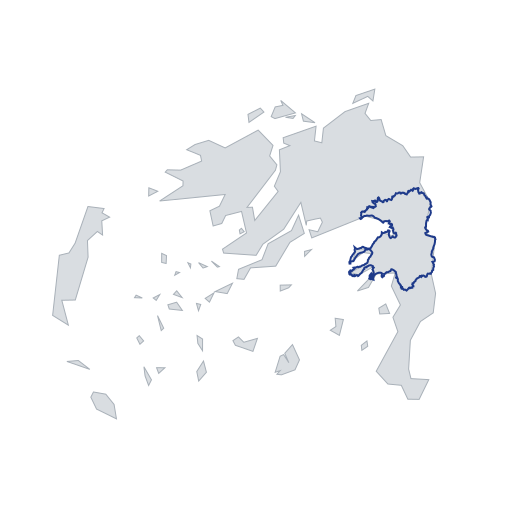 location of Kentrikis Makedonias, Kentriki Makedonia, Greece, rotated 101°
{"feature_id": "26713481B13719921321351", "entity_name": "Kentrikis Makedonias", "entity_type": "district", "adm_level": 2, "iso_a3": "GRC", "parent_name": "Greece", "parent_adm1": "Kentriki Makedonia", "projection": "equal_earth", "projection_center": [23.125, 40.657], "detail": "fine", "context": "in_parent", "style": "outline", "palette": "blue", "viewbox_px": 512, "rotation_deg": 101, "n_neighbors": 0, "source": "geoboundaries", "source_scale": "gbopen_adm2", "svg_char_len": 9723}
<svg xmlns="http://www.w3.org/2000/svg" viewBox="0 0 512 512"><g transform="rotate(101 256 256)"><path d="M344.4,62.8L365.6,68.5L367.6,79.6L355.2,88.7L356.5,102.1L346.2,116.0L303.2,102.3L290.0,109.9L276.5,104.9L259.7,117.4L246.1,116.1L250.6,134.5L265.4,139.6L271.0,149.8L252.6,137.9L244.7,139.5L255.0,151.6L254.1,160.0L242.0,145.5L231.7,143.2L232.1,151.6L242.4,160.4L230.5,158.7L226.9,145.9L209.1,135.6L210.2,124.9L197.7,130.2L196.0,156.0L227.6,204.7L220.1,208.9L220.4,200.0L210.1,197.3L206.5,200.0L208.5,205.0L212.0,212.9L216.3,212.5L194.8,222.2L224.4,233.9L243.1,251.5L255.3,256.0L259.3,288.3L255.7,290.2L235.2,269.7L215.0,278.7L222.0,293.5L230.6,295.8L234.7,303.8L220.4,309.9L214.1,301.4L201.5,298.0L220.4,361.1L201.0,341.1L196.3,341.9L191.0,361.1L188.3,359.5L186.1,346.4L173.2,327.5L167.8,329.7L164.9,344.3L158.2,337.1L151.5,324.5L155.8,306.9L132.0,277.9L144.2,260.4L155.2,261.7L162.5,252.9L168.1,253.3L210.0,274.1L208.8,268.8L221.4,264.0L188.4,246.6L184.0,251.3L168.6,248.1L147.3,253.3L141.2,243.8L139.9,250.3L134.7,251.9L117.1,221.8L131.9,220.6L132.3,213.0L117.6,214.2L97.2,196.1L84.6,174.5L95.2,176.2L101.1,169.2L98.2,159.2L113.1,151.5L119.7,133.0L129.4,123.1L126.7,110.4L152.8,109.3L170.7,94.7L192.0,95.4L201.8,92.0L204.3,83.5L240.5,80.4L258.4,72.6L278.0,71.2L288.9,82.1L309.3,88.4L337.9,84.6L346.8,80.5L344.4,62.8ZM250.9,414.1L264.7,410.6L262.2,416.4L273.0,424.4L289.2,420.6L333.7,425.0L336.5,438.2L359.7,427.0L353.1,444.3L292.8,449.2L288.7,440.2L277.9,436.0L239.5,430.4L238.4,414.2L243.0,415.4L245.8,407.1L250.9,414.1ZM224.6,212.9L236.1,225.3L262.2,234.7L268.7,259.1L281.2,263.3L281.9,270.5L272.4,270.6L258.5,249.4L241.6,246.4L224.3,226.0L207.8,222.0L224.6,212.9ZM360.3,196.0L367.8,208.4L368.1,212.9L363.9,210.4L366.5,215.0L349.8,213.2L347.5,210.1L354.5,203.4L346.0,209.2L336.0,203.3L349.7,193.5L360.3,196.0ZM426.1,391.2L420.5,389.6L420.3,377.1L428.8,367.0L442.5,361.9L436.7,383.3L426.1,391.2ZM347.6,259.2L343.5,262.5L338.8,257.8L343.0,251.5L336.6,238.9L350.2,240.8L347.6,259.2ZM108.0,244.6L117.5,263.6L116.3,267.7L106.0,265.6L103.0,258.3L98.6,261.4L108.0,244.6ZM87.7,190.1L79.4,188.5L69.5,171.2L81.5,170.8L78.0,176.8L87.7,190.1ZM318.0,159.0L314.7,168.9L310.0,164.1L302.0,166.4L301.7,158.1L318.0,159.0ZM379.6,282.5L389.7,288.4L380.7,292.1L369.1,287.5L379.6,282.5ZM289.3,123.5L283.8,125.5L278.3,119.5L286.9,113.9L289.3,123.5ZM113.2,275.7L126.2,288.4L118.5,290.9L110.0,280.0L113.2,275.7ZM324.6,331.0L320.7,333.2L316.5,325.1L323.5,317.9L324.6,331.0ZM298.4,277.1L298.7,289.3L287.2,273.9L298.4,277.1ZM399.0,397.5L395.6,421.5L392.5,410.5L399.0,397.5ZM114.6,235.2L107.7,238.4L113.9,223.5L114.6,235.2ZM217.6,372.8L209.5,374.2L211.2,364.8L217.6,372.8ZM386.1,344.9L397.5,335.0L403.6,336.7L394.9,342.0L386.1,344.9ZM345.3,298.7L347.7,292.6L359.2,290.4L352.9,296.4L345.3,298.7ZM310.9,320.6L309.4,329.7L305.3,327.2L310.9,320.6ZM310.2,292.9L307.3,297.8L300.2,290.2L310.2,292.9ZM285.8,225.5L280.0,226.7L277.6,215.8L281.0,217.9L285.8,225.5ZM328.4,134.1L323.6,135.6L318.2,130.9L323.3,129.1L328.4,134.1ZM280.5,342.8L280.3,347.4L271.4,349.1L272.7,343.9L280.5,342.8ZM347.3,334.8L333.3,341.3L344.5,332.8L347.3,334.8ZM274.3,291.8L269.5,298.8L273.4,289.9L274.3,291.8ZM320.7,302.0L313.9,305.4L314.1,301.0L320.7,302.0ZM364.8,353.1L359.2,357.4L356.5,355.4L360.8,350.1L364.8,353.1ZM389.8,329.1L384.6,332.3L383.1,324.1L389.8,329.1ZM277.9,305.7L273.5,311.1L275.7,301.8L277.9,305.7ZM113.9,245.9L114.2,253.5L110.6,244.2L113.9,245.9ZM318.6,345.5L316.8,348.9L312.2,343.1L318.6,345.5ZM247.1,208.2L242.2,209.2L239.1,202.8L247.1,208.2ZM237.3,275.9L233.7,277.3L231.6,275.6L234.4,272.2L237.3,275.9ZM280.1,318.1L275.6,321.6L276.3,318.4L280.1,318.1ZM318.9,359.6L320.1,367.3L317.3,366.2L318.9,359.6ZM290.4,332.1L286.6,331.5L286.8,327.9L290.4,332.1Z" fill="#d9dde1" stroke="#a8b0b8" stroke-width="1"/><path d="M240.1,81.0L239.1,80.9L238.1,80.2L236.8,80.3L235.9,79.4L234.1,79.7L232.2,79.3L231.4,79.8L230.6,79.6L228.1,81.7L227.2,79.7L226.5,79.6L225.5,79.7L223.4,81.0L223.2,81.7L223.3,82.3L223.0,83.3L221.2,84.2L218.7,84.1L218.0,84.3L214.8,83.4L214.1,83.6L212.3,83.4L210.6,83.0L208.0,83.0L206.2,83.3L205.3,83.0L204.6,83.6L203.7,83.8L203.2,84.8L203.3,85.4L203.6,85.7L203.2,86.7L203.4,87.1L202.8,92.9L202.2,93.6L201.2,94.2L199.2,91.6L198.4,92.1L198.3,93.0L197.2,94.5L196.0,95.4L195.4,95.3L194.9,94.7L191.5,95.3L188.7,95.3L188.1,94.8L188.1,94.3L187.3,94.6L186.9,94.3L186.4,94.6L185.8,94.4L185.1,95.3L184.9,95.2L184.9,94.4L184.6,93.9L184.7,93.6L183.8,93.7L182.4,92.9L180.1,92.6L179.6,92.9L178.3,93.2L177.2,94.9L176.3,95.0L175.7,94.5L174.7,94.2L174.3,93.4L173.8,93.2L171.9,94.6L169.9,94.8L167.3,96.8L166.8,98.1L167.2,99.2L167.0,99.5L166.6,99.8L166.0,99.7L166.0,100.4L164.6,101.3L164.4,102.1L162.4,103.3L162.5,105.1L161.9,105.5L161.8,105.8L162.3,106.2L162.7,107.1L163.5,107.2L163.6,107.7L162.7,108.3L162.4,108.7L159.9,109.7L159.5,110.1L159.3,109.9L159.4,109.4L158.8,109.2L158.3,109.6L158.6,110.5L159.8,112.2L159.6,112.8L159.8,113.4L159.4,114.0L160.1,114.6L161.1,114.3L162.1,114.7L161.4,116.4L162.8,117.3L162.9,118.6L163.1,118.9L163.8,119.0L164.0,118.4L164.3,118.3L165.2,119.3L166.8,119.8L166.6,121.6L165.9,122.1L166.0,122.7L165.7,123.1L166.0,123.7L165.9,124.6L167.1,125.7L167.1,126.1L166.2,126.8L166.3,127.6L167.6,128.9L167.8,130.2L167.7,130.6L170.1,131.2L170.7,132.0L171.3,132.1L172.0,132.9L171.5,133.2L171.7,133.6L173.8,133.3L175.2,133.8L175.1,135.2L174.7,135.9L174.7,136.7L175.5,137.1L176.1,138.0L177.2,137.8L177.3,138.1L176.3,138.9L176.2,139.9L177.6,141.2L178.6,141.1L179.0,141.6L179.0,142.0L178.5,142.6L177.9,144.9L175.6,146.2L175.1,146.9L175.6,147.4L177.0,147.4L178.5,147.0L179.7,147.4L180.2,148.2L179.3,148.5L178.8,149.5L178.9,149.8L179.7,149.7L179.5,150.9L179.9,151.8L179.9,152.3L181.0,151.8L181.9,150.2L182.1,149.2L183.0,148.3L183.5,148.3L184.4,147.9L185.8,149.3L185.4,150.1L185.5,150.8L185.9,150.2L186.5,150.2L186.2,152.6L186.0,153.4L185.6,153.5L185.5,154.2L186.1,154.4L186.1,155.0L186.7,155.3L186.9,155.9L187.7,155.3L188.2,156.1L189.1,155.8L189.5,156.4L190.4,157.0L191.6,157.4L191.9,157.7L191.5,158.3L192.0,158.6L191.9,159.8L192.3,160.5L192.6,160.4L193.4,161.1L193.9,160.8L196.3,160.6L197.4,159.7L198.6,160.1L199.1,161.1L199.7,160.4L199.3,159.7L197.8,158.9L196.1,157.4L195.8,156.0L195.1,154.9L195.0,152.6L194.1,150.0L194.5,148.4L195.9,146.4L195.8,145.3L196.4,142.7L197.5,140.2L199.0,137.7L199.0,137.4L197.5,136.8L196.9,135.2L196.7,133.2L195.8,132.1L196.4,131.3L198.7,131.8L198.7,131.1L199.2,130.5L198.6,129.2L199.0,128.5L199.9,128.3L201.5,129.9L201.9,129.5L201.6,128.8L202.2,129.6L202.3,129.2L202.2,128.7L202.9,129.2L202.2,128.0L202.5,127.7L202.5,126.7L203.9,126.1L204.8,126.4L206.6,125.4L207.3,124.8L207.4,123.8L206.5,123.2L206.8,122.8L207.6,122.9L208.2,122.3L209.2,121.9L209.5,122.3L210.6,122.4L211.4,123.1L211.3,124.8L210.7,125.5L212.7,127.1L212.3,128.1L210.4,129.4L208.7,129.9L206.1,129.6L205.7,129.9L205.6,131.2L207.3,131.9L207.8,133.0L207.7,133.7L208.5,134.1L209.3,135.7L208.8,137.0L211.1,136.7L211.7,137.1L212.9,137.4L214.1,138.6L214.4,139.9L217.9,141.3L219.7,142.7L220.9,142.8L222.1,143.6L224.2,144.1L226.3,144.9L227.0,145.7L227.3,147.0L227.8,147.0L227.7,146.1L228.4,144.6L230.1,142.7L230.7,142.4L231.9,142.5L233.8,143.4L234.7,143.5L236.0,144.6L237.6,144.9L238.5,145.4L239.8,145.2L241.4,145.4L242.4,146.3L242.9,147.3L243.4,147.4L244.1,148.1L245.0,150.0L246.6,151.5L246.7,152.5L247.4,153.0L247.2,154.4L248.3,155.7L248.3,156.5L248.8,157.8L249.0,157.5L249.0,156.8L249.4,156.7L250.3,157.3L250.9,158.3L252.2,158.9L252.1,160.3L252.9,160.2L252.8,159.7L253.1,160.0L253.2,160.4L252.9,161.0L253.6,161.5L254.1,161.6L254.7,161.0L255.7,161.1L256.1,160.5L254.9,160.1L256.1,159.8L256.2,159.4L255.8,159.0L255.9,158.7L256.4,158.0L256.7,158.2L257.1,157.8L257.3,157.2L257.1,156.0L256.0,156.1L255.8,155.7L255.8,155.4L256.7,154.8L255.5,153.4L255.6,152.4L256.2,152.0L256.0,151.7L253.5,150.2L252.5,149.2L248.8,147.9L248.1,147.2L247.4,147.5L246.7,147.3L246.0,146.2L246.0,145.3L245.1,145.1L244.4,143.9L243.8,143.4L243.2,142.0L243.2,141.0L243.7,139.3L244.6,139.3L244.6,138.8L244.9,138.2L247.0,139.1L248.1,138.1L250.0,137.2L251.6,137.8L252.2,137.5L253.4,137.8L254.7,138.5L255.4,139.8L256.5,140.4L257.0,139.3L256.5,138.0L256.8,136.2L255.3,136.8L253.3,136.6L251.5,135.8L250.2,134.4L248.9,132.2L248.6,130.7L248.7,129.5L249.2,128.9L251.7,128.9L252.3,128.6L252.7,128.0L251.7,127.4L251.7,126.9L251.2,126.6L250.9,126.9L249.9,126.6L249.1,126.8L248.5,125.5L247.9,125.4L247.0,124.8L246.7,123.3L245.6,122.1L245.2,121.2L243.2,120.6L243.2,119.6L243.9,117.6L245.2,115.5L246.1,115.6L247.0,114.8L249.1,114.1L250.5,114.4L250.8,114.0L250.3,113.2L251.3,112.7L251.6,112.3L253.4,112.1L255.7,110.3L255.9,109.6L257.3,108.6L257.3,108.1L259.0,107.8L258.6,106.6L259.4,106.3L260.3,106.7L260.4,106.4L260.0,105.6L261.0,104.4L260.5,103.4L261.2,101.6L258.8,100.1L258.6,99.7L258.3,99.7L258.3,99.2L257.7,99.2L257.5,98.1L257.8,97.8L257.5,97.0L257.3,97.2L256.5,96.5L256.1,96.5L255.8,95.7L254.9,96.0L254.1,97.2L252.9,97.1L252.8,96.6L252.3,96.0L251.6,96.0L250.2,94.7L249.4,94.8L248.2,94.1L247.6,94.0L245.4,91.2L244.8,91.5L244.3,91.3L244.2,90.4L244.6,89.8L243.9,89.8L243.5,89.4L243.8,88.7L243.2,87.9L243.6,86.4L244.2,85.9L244.0,85.1L243.5,84.5L241.3,84.4L240.5,84.0L240.4,82.7L240.0,82.2L240.2,81.6L240.1,81.0ZM229.6,150.2L228.8,149.4L228.4,147.8L227.8,147.0L227.3,147.1L227.5,148.0L227.1,150.1L227.3,150.9L226.6,152.3L226.7,153.3L228.0,154.2L228.2,155.1L228.9,156.0L229.9,158.1L229.6,159.1L228.7,160.7L229.7,160.2L231.2,160.4L232.5,159.7L233.4,159.8L237.2,161.7L238.3,161.9L238.9,162.5L242.9,162.7L244.1,163.2L245.6,162.7L245.4,161.9L244.0,162.1L243.2,161.8L242.5,159.5L242.1,159.2L239.0,158.3L234.6,156.2L233.0,154.2L232.2,152.3L231.4,151.0L230.5,150.2L229.6,150.2ZM253.1,140.2L253.1,139.5L252.7,138.8L251.3,139.6L253.5,140.7L254.1,140.6L253.1,140.2Z" fill="none" stroke="#1e3a8a" stroke-width="2"/></g></svg>